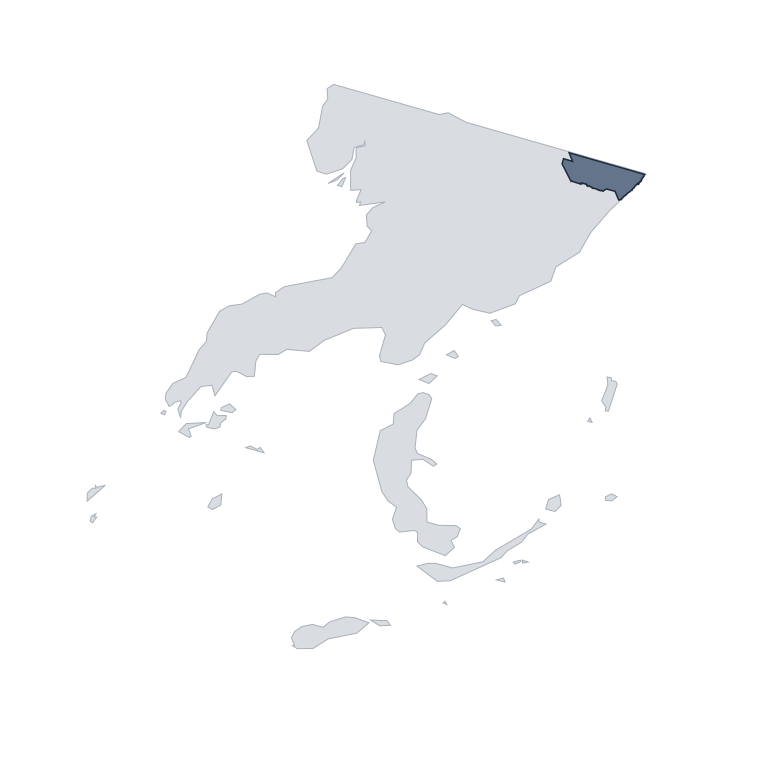 Vanimo/Green River District, Sandaun, Papua New Guinea shown in context, rotated 106°
{"feature_id": "67681753B35177268475700", "entity_name": "Vanimo/Green River District", "entity_type": "district", "adm_level": 2, "iso_a3": "PNG", "parent_name": "Papua New Guinea", "parent_adm1": "Sandaun", "projection": "equal_earth", "projection_center": [141.584, -3.431], "detail": "fine", "context": "in_parent", "style": "filled", "palette": "slate", "viewbox_px": 768, "rotation_deg": 106, "n_neighbors": 0, "source": "geoboundaries", "source_scale": "gbopen_adm2", "svg_char_len": 7482}
<svg xmlns="http://www.w3.org/2000/svg" viewBox="0 0 768 768"><g transform="rotate(106 384 384)"><path d="M109.9,515.0L109.8,405.2L105.6,397.0L109.8,377.4L109.7,191.5L117.5,192.4L155.4,215.1L181.1,226.9L203.4,232.4L224.0,251.0L239.2,252.0L261.7,278.1L270.8,279.9L286.8,301.7L287.7,319.4L285.9,330.5L310.2,341.2L333.4,356.2L346.0,357.8L353.0,363.1L361.7,375.9L363.2,393.2L358.2,396.2L336.4,396.1L330.3,401.7L338.9,428.7L358.4,453.4L373.2,464.7L377.5,487.0L384.9,494.0L389.7,511.7L397.3,513.5L412.3,510.7L414.7,518.1L412.4,529.3L414.5,533.8L441.9,543.2L432.7,549.0L436.8,559.2L454.7,568.0L465.8,571.3L472.5,570.3L464.6,575.3L457.6,573.8L456.3,575.4L459.1,579.7L464.9,584.2L458.8,590.1L452.8,591.0L441.7,587.1L432.2,576.1L402.2,571.2L391.9,566.4L383.7,568.1L359.4,562.1L351.5,554.3L346.3,542.5L332.0,528.3L328.7,521.4L330.1,512.1L326.2,513.5L317.9,506.7L296.1,463.3L284.9,457.2L257.1,449.7L253.1,441.3L240.1,438.1L237.1,443.6L226.5,447.5L217.5,443.4L208.6,432.8L219.1,456.8L215.4,456.7L217.1,460.4L215.1,461.0L203.5,459.6L207.0,469.5L187.9,475.0L173.6,473.1L166.8,475.5L164.0,475.2L160.4,467.9L155.2,469.3L159.5,469.4L165.0,477.9L176.9,476.7L188.5,483.1L198.2,497.3L197.8,507.2L171.3,525.3L156.0,517.5L133.6,519.6L125.7,516.6L115.7,520.1L109.9,515.0ZM510.5,271.5L515.9,276.5L521.5,271.3L532.1,277.7L530.0,301.7L526.5,308.3L517.5,310.7L516.3,314.2L522.1,328.3L519.7,333.3L511.8,338.6L498.9,338.0L495.4,347.7L488.2,356.3L460.2,373.3L429.9,374.7L420.0,364.1L409.6,366.1L395.6,353.6L383.9,348.6L381.5,343.8L381.8,337.6L385.1,334.0L406.0,334.6L419.3,339.6L436.7,336.6L441.6,332.8L443.5,317.4L446.4,311.1L449.4,314.0L445.7,325.9L449.7,336.6L462.2,333.4L470.1,335.9L476.2,332.7L485.1,316.1L492.1,308.5L504.8,304.7L504.7,292.4L500.3,275.6L502.1,270.7L510.5,271.5ZM662.4,394.4L660.7,399.8L659.9,398.1L653.5,403.1L646.2,401.5L639.7,396.1L634.8,386.4L634.7,375.5L627.7,370.7L618.5,356.8L616.7,347.7L617.6,332.6L631.0,341.4L644.5,367.5L657.6,379.1L662.4,394.4ZM559.0,278.3L549.9,302.2L544.4,292.4L542.2,285.5L541.9,267.3L527.6,239.9L512.9,230.9L482.9,202.4L471.1,197.9L474.1,196.6L474.0,189.7L488.8,204.5L498.0,208.1L510.3,219.5L518.6,223.5L554.8,266.0L559.0,278.3ZM319.9,159.8L348.3,160.8L348.8,164.0L345.0,164.4L340.2,170.2L323.3,168.5L315.8,171.5L315.3,167.4L318.0,166.2L317.6,161.9L319.9,159.8ZM461.1,526.3L466.2,530.3L470.6,529.8L473.9,534.5L474.4,542.2L472.5,543.9L471.3,541.5L457.6,540.0L460.3,535.7L457.8,526.9L461.1,526.3ZM459.6,194.1L449.6,194.0L442.1,184.7L451.9,180.2L459.4,184.5L459.6,194.1ZM481.1,559.6L487.6,554.8L489.0,556.5L486.5,568.2L476.6,563.2L470.0,544.2L481.1,559.6ZM534.3,509.6L545.2,507.5L550.4,512.6L551.9,514.5L550.8,519.5L541.8,517.4L534.3,509.6ZM558.2,624.0L578.4,637.0L570.8,639.1L564.5,635.6L563.7,632.4L561.1,633.5L562.4,631.3L558.2,624.0ZM370.0,351.6L361.0,341.7L361.5,335.0L371.1,340.9L370.0,351.6ZM454.3,533.6L451.6,533.9L445.7,527.0L449.4,519.3L453.5,522.2L454.3,533.6ZM614.6,332.0L610.7,316.0L614.2,311.2L617.6,321.4L614.6,332.0ZM338.7,332.0L332.5,325.8L337.1,320.0L339.9,323.0L338.7,332.0ZM434.9,138.8L431.4,140.0L426.8,134.8L428.1,128.9L433.4,132.7L434.9,138.8ZM297.4,292.6L293.6,298.4L291.1,294.0L295.2,287.6L297.4,292.6ZM483.2,480.3L483.3,499.4L480.4,495.7L481.8,487.7L479.0,485.5L483.2,480.3ZM200.7,485.3L206.7,493.1L192.0,480.5L200.7,485.3ZM206.0,483.4L197.9,480.2L196.2,477.8L205.8,478.9L206.0,483.4ZM597.7,625.9L597.1,628.5L591.8,629.0L588.2,625.2L591.7,626.1L591.1,623.4L597.7,625.9ZM541.0,213.1L541.3,221.9L537.5,215.7L541.0,213.1ZM521.1,208.3L519.5,210.7L515.8,204.5L516.5,203.2L521.1,208.3ZM474.1,586.6L473.6,590.4L470.0,588.4L470.5,586.0L474.1,586.6ZM517.9,201.4L515.0,202.5L515.5,196.4L517.9,201.4ZM363.5,173.4L363.8,177.8L359.8,176.8L363.5,173.4ZM578.7,262.8L578.2,266.9L576.0,265.5L578.7,262.8Z" fill="#d9dde1" stroke="#a8b0b8" stroke-width="1"/><path d="M142.5,208.9L142.4,208.6L142.2,208.3L142.0,208.2L141.9,208.2L141.7,208.0L141.6,207.9L141.4,207.6L141.2,207.1L141.3,207.0L141.3,206.9L141.2,206.9L140.8,206.7L140.7,206.6L140.3,206.4L139.9,206.3L139.5,206.2L139.3,206.1L139.1,206.0L138.8,205.9L138.6,205.7L138.3,205.5L138.2,205.5L137.7,205.2L137.2,204.9L136.9,204.7L136.7,204.6L136.5,204.4L136.3,204.1L136.1,204.0L135.9,203.9L135.6,203.6L135.3,203.4L135.1,203.3L135.0,203.2L134.8,203.1L134.3,202.9L134.0,203.3L134.1,203.0L134.2,202.9L133.6,202.5L133.0,202.1L132.6,201.8L132.4,201.6L131.6,200.9L131.4,200.8L131.6,200.8L131.2,200.6L130.4,200.1L130.1,199.9L130.0,199.7L129.6,199.5L129.2,199.3L128.8,199.1L128.5,199.0L128.6,198.9L128.3,198.9L128.1,198.9L127.5,198.6L127.4,198.5L127.3,198.8L127.3,198.7L127.4,198.4L127.3,198.2L127.1,198.1L126.6,197.9L126.4,197.7L126.2,197.7L125.7,197.6L125.1,197.5L124.7,197.3L124.5,197.2L124.0,197.1L123.9,197.0L123.7,196.9L123.5,196.7L123.3,196.7L123.2,196.7L122.9,196.5L122.8,196.4L122.7,196.2L122.4,196.2L122.2,196.0L122.1,195.9L122.0,195.7L121.9,195.4L122.1,195.3L122.2,195.1L122.2,194.8L122.1,194.7L121.9,194.4L121.7,194.5L121.6,194.8L121.6,195.1L121.7,195.3L121.6,195.5L121.3,195.5L121.0,195.4L120.8,195.2L120.7,195.1L120.6,194.9L120.7,194.7L120.8,194.5L120.9,194.4L121.0,194.3L121.0,194.2L120.9,194.1L120.7,194.1L120.6,194.3L120.5,194.2L120.3,194.0L120.1,193.9L119.9,193.9L119.7,194.0L119.4,193.9L119.2,193.5L119.1,193.4L118.9,193.3L118.7,193.4L118.6,193.0L118.3,192.7L118.1,192.6L117.7,192.7L117.4,192.7L117.1,192.8L116.9,192.9L116.8,193.0L116.7,193.0L116.3,193.0L116.1,192.7L115.9,192.6L115.7,192.5L115.5,192.4L115.4,192.4L114.8,192.4L114.7,192.4L114.3,192.3L114.2,192.2L114.0,191.8L113.9,191.8L113.7,191.7L113.2,191.7L112.9,191.4L112.1,191.4L111.8,191.3L111.7,191.3L111.5,191.5L111.4,191.5L111.2,191.7L111.0,191.4L110.8,191.3L110.7,191.2L110.7,269.8L118.0,264.2L117.9,273.5L123.3,273.5L137.3,260.4L137.1,260.4L137.3,259.2L137.6,252.0L137.6,251.9L137.5,251.7L137.4,251.6L137.4,251.4L137.5,251.2L137.4,251.1L137.5,251.1L137.5,250.9L137.5,250.6L137.6,250.4L137.4,250.4L137.2,250.4L137.2,250.2L137.2,249.9L137.1,250.0L136.8,249.9L136.9,249.7L136.8,249.4L136.7,249.3L136.8,249.3L136.9,249.1L136.7,248.9L136.6,248.7L136.5,248.4L136.4,248.3L136.4,248.2L136.2,247.9L136.1,247.7L136.3,247.5L136.3,247.3L136.3,247.2L136.3,246.9L136.3,246.7L136.2,246.4L136.1,246.1L136.0,245.9L136.0,245.7L136.1,245.8L136.2,245.6L136.3,245.6L136.3,245.3L136.3,245.2L136.2,245.0L136.2,244.9L136.3,244.8L136.3,244.7L136.2,244.7L136.3,244.1L137.3,243.8L137.3,243.7L137.5,243.6L137.6,243.4L137.5,243.2L137.4,243.1L137.4,242.8L137.5,242.7L137.3,242.6L137.2,242.6L137.3,242.3L137.3,242.2L137.2,241.9L137.3,241.7L137.2,241.6L137.3,241.5L137.2,241.4L137.2,241.2L137.1,240.9L137.1,240.7L137.3,240.6L137.4,240.4L137.4,240.2L137.5,240.1L137.5,239.8L137.5,239.7L137.4,239.6L137.3,239.4L137.4,239.1L137.5,239.0L137.6,238.9L137.5,238.6L137.7,238.4L137.8,238.1L138.0,238.2L138.2,237.9L138.3,237.8L138.2,237.6L138.2,237.4L138.3,237.1L138.4,236.9L138.3,236.6L138.2,236.5L138.1,236.3L138.0,236.2L138.0,235.9L138.0,235.5L137.9,235.4L137.9,235.1L138.1,234.7L138.0,234.4L137.9,234.3L137.9,234.1L138.0,233.9L138.0,233.6L138.1,233.4L138.2,233.1L138.2,232.9L138.1,232.7L138.2,232.4L138.1,232.2L138.2,231.8L138.4,231.7L138.5,231.5L138.4,231.4L138.4,231.2L138.5,231.2L138.6,230.9L138.6,230.7L138.4,230.6L138.5,230.4L138.4,230.3L138.3,230.1L138.3,229.9L138.3,229.7L138.5,229.5L138.5,229.3L138.5,229.1L138.4,229.1L138.3,228.9L138.2,228.7L138.0,228.1L137.9,228.0L138.0,227.6L138.1,227.4L138.2,227.2L138.2,226.9L138.3,226.9L138.4,226.7L135.2,224.0L135.2,221.9L135.1,215.0L141.5,209.9L142.5,208.9Z" fill="#64748b" stroke="#1e293b" stroke-width="1.5"/></g></svg>